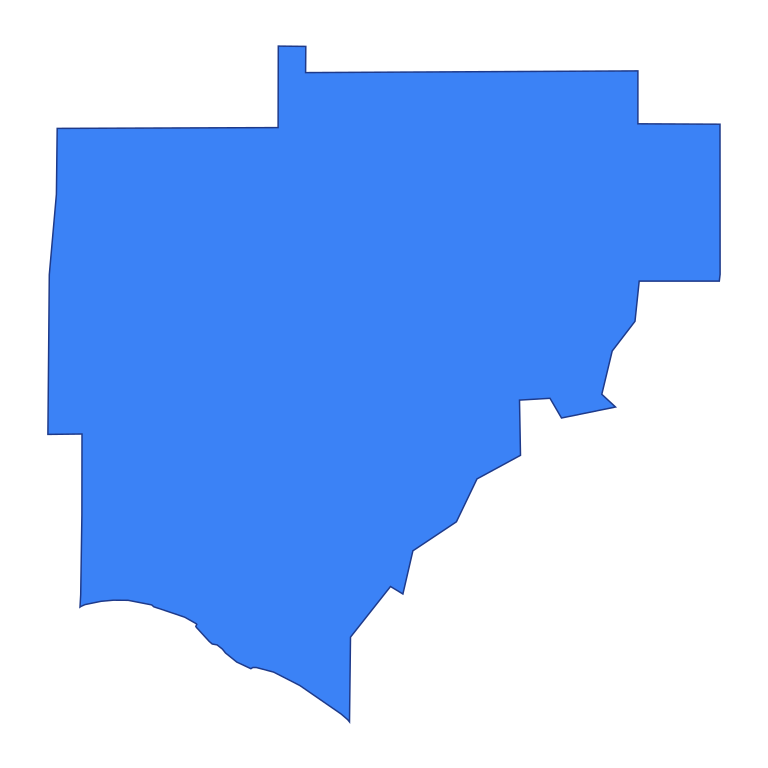 the district of Warrick, Indiana, United States of America
{"feature_id": "52423323B97453793122167", "entity_name": "Warrick", "entity_type": "district", "adm_level": 2, "iso_a3": "USA", "parent_name": "United States of America", "parent_adm1": "Indiana", "projection": "natural_earth1", "projection_center": [-87.298, 38.062], "detail": "fine", "context": "isolated", "style": "filled", "palette": "blue", "viewbox_px": 768, "rotation_deg": 0, "n_neighbors": 0, "source": "geoboundaries", "source_scale": "gbopen_adm2", "svg_char_len": 884}
<svg xmlns="http://www.w3.org/2000/svg" viewBox="0 0 768 768"><path d="M278.3,46.1L278.1,127.6L221.9,127.8L57.2,128.4L56.4,194.4L49.3,274.7L48.6,354.9L47.9,434.4L82.0,434.0L81.9,514.9L80.7,594.8L80.0,607.1L81.0,606.4L85.0,604.6L101.1,601.3L113.4,600.2L128.1,600.3L151.7,604.9L153.8,606.8L168.5,611.7L184.7,617.2L195.7,623.4L196.2,623.7L196.8,624.3L195.8,626.4L196.4,627.4L209.3,641.5L212.2,644.0L217.1,644.9L222.4,649.1L225.5,653.0L236.8,662.1L250.9,668.7L252.8,667.5L256.3,667.5L273.6,672.1L299.4,685.3L299.8,685.5L341.1,714.0L347.7,719.7L349.5,721.9L350.5,637.1L390.5,586.5L402.9,594.0L412.9,550.8L456.4,521.8L477.0,478.9L520.5,455.3L519.5,400.1L550.0,398.3L561.5,418.0L615.5,407.0L601.8,394.3L612.2,351.0L635.0,321.3L639.2,281.1L719.3,281.1L720.1,274.3L720.0,124.2L637.9,123.8L637.9,70.9L305.6,72.6L305.8,46.4L278.3,46.1Z" fill="#3b82f6" stroke="#1e3a8a" stroke-width="1.5"/></svg>